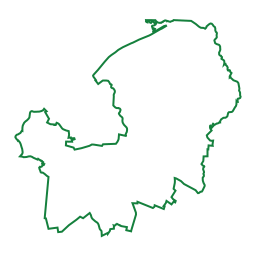 outline of Cotorra, Córdoba, Colombia
{"feature_id": "7082276B37197913893650", "entity_name": "Cotorra", "entity_type": "district", "adm_level": 2, "iso_a3": "COL", "parent_name": "Colombia", "parent_adm1": "Córdoba", "projection": "orthographic", "projection_center": [-75.768, 9.058], "detail": "fine", "context": "isolated", "style": "outline", "palette": "green", "viewbox_px": 256, "rotation_deg": 0, "n_neighbors": 0, "source": "geoboundaries", "source_scale": "gbopen_adm2", "svg_char_len": 5754}
<svg xmlns="http://www.w3.org/2000/svg" viewBox="0 0 256 256"><path d="M211.7,23.7L210.4,23.5L208.9,24.4L206.5,26.5L206.3,27.5L206.0,27.9L205.1,28.7L204.6,28.3L203.0,27.8L202.3,27.9L200.7,27.7L198.9,26.6L195.8,24.0L191.2,20.9L173.5,20.1L173.0,20.8L171.0,21.4L170.4,21.8L169.2,21.6L168.0,21.1L167.3,21.0L167.0,21.2L166.8,20.8L165.4,20.4L164.8,20.5L164.5,20.9L164.0,20.9L163.5,21.2L162.4,21.9L162.5,22.1L161.5,22.5L161.0,22.6L161.0,22.8L160.0,22.9L158.2,22.6L157.6,22.4L155.9,21.0L155.4,20.2L146.0,20.1L146.1,20.9L146.0,21.5L146.6,22.1L147.2,22.3L147.1,21.8L147.6,21.8L147.8,21.0L148.2,20.6L148.7,20.8L148.8,21.4L149.6,22.1L150.2,22.7L150.9,22.9L151.0,22.5L152.1,21.3L153.1,21.3L153.5,21.6L153.4,22.1L154.4,22.5L154.3,22.9L154.4,23.0L154.6,22.6L156.0,23.6L155.7,24.4L155.3,24.7L154.1,25.4L152.2,25.8L152.0,26.4L152.1,26.9L152.7,28.0L152.6,28.6L152.8,29.0L153.3,29.3L153.6,29.0L153.7,28.7L153.9,28.4L154.5,28.7L155.0,28.9L154.8,29.3L154.3,29.4L154.3,29.6L155.2,30.5L155.0,31.3L154.6,31.3L154.2,30.7L153.5,30.6L153.1,31.4L153.2,31.8L153.7,32.2L164.0,26.1L165.9,25.6L166.1,26.0L161.8,28.6L160.2,29.3L151.5,34.3L149.2,35.5L139.1,39.6L133.0,42.6L131.2,43.3L122.9,47.2L118.3,49.9L115.4,52.3L111.3,55.1L108.8,57.1L104.8,61.6L97.9,70.0L93.9,74.4L93.1,75.5L93.2,76.1L93.6,77.0L94.4,78.0L95.9,80.1L95.4,80.4L98.2,84.0L102.7,80.6L103.5,80.5L106.0,80.5L108.1,80.8L109.2,82.1L110.2,84.1L111.3,84.4L111.7,85.0L111.2,85.9L111.2,87.4L112.1,88.1L113.3,88.4L114.3,89.7L114.9,91.1L114.7,92.6L114.2,93.5L113.7,94.9L113.8,96.5L113.3,105.4L113.6,105.8L115.5,107.6L116.9,108.1L118.4,108.0L118.7,108.3L119.5,108.4L120.1,108.9L120.5,109.7L120.5,110.1L119.9,112.0L119.2,112.7L118.9,113.7L120.1,115.6L122.1,117.3L122.5,118.0L122.6,118.7L122.4,120.9L122.7,122.6L123.9,124.7L126.5,127.4L127.0,128.4L127.1,129.9L126.9,131.3L126.6,132.4L126.3,132.8L125.6,134.5L126.0,135.4L125.8,135.9L119.0,134.4L118.6,139.1L118.2,140.2L117.4,141.8L115.9,143.8L103.0,144.3L102.0,145.9L93.8,144.6L91.9,144.5L89.5,145.8L81.4,148.2L74.6,149.6L73.6,147.6L65.9,145.4L66.1,141.6L72.1,141.7L71.8,140.2L74.6,139.2L74.3,138.2L70.9,138.3L70.8,137.5L68.5,137.8L69.1,134.8L68.7,131.1L66.2,130.5L63.1,129.2L62.1,128.4L59.1,124.2L57.7,123.2L56.6,122.8L55.7,125.0L54.5,125.0L54.6,124.5L50.4,124.2L47.1,122.5L49.0,118.8L45.1,112.0L46.6,111.3L44.1,108.8L43.2,110.1L42.5,110.5L41.6,111.0L39.3,111.6L34.5,111.8L33.4,111.7L31.9,111.1L31.3,111.3L30.6,111.7L30.0,112.9L29.4,117.5L28.5,118.8L27.0,120.3L25.5,121.4L24.2,122.7L23.1,124.9L22.7,125.9L22.4,128.0L22.4,131.0L21.8,130.8L20.4,133.0L18.9,133.8L18.5,134.2L16.7,134.8L15.9,135.7L15.5,136.3L15.4,137.2L15.5,137.6L16.0,138.2L16.3,138.8L17.5,140.1L17.9,140.8L18.3,140.5L19.9,142.4L20.7,144.2L21.6,147.3L22.2,149.0L22.6,151.9L22.6,152.8L22.2,153.9L20.0,156.4L22.4,156.7L23.6,157.2L26.5,157.0L28.7,156.4L30.5,156.3L32.1,156.9L33.5,157.8L37.6,159.6L38.1,158.8L40.3,160.4L40.4,160.2L41.8,160.9L41.7,161.2L43.0,162.0L42.9,162.2L43.2,162.3L43.3,162.8L43.1,162.9L42.4,162.6L42.1,163.6L44.2,164.1L43.7,165.1L42.4,165.4L41.8,166.5L40.3,167.1L39.6,167.7L39.5,167.3L39.2,167.6L39.5,169.0L40.2,170.6L40.6,172.0L41.2,172.6L42.7,172.6L44.6,173.9L46.9,175.9L48.5,176.9L44.7,218.2L45.9,218.4L48.5,228.8L57.5,227.6L58.2,232.1L61.9,231.7L68.9,225.2L76.6,219.6L80.1,216.7L83.1,218.2L89.7,213.0L90.8,214.9L91.6,217.6L92.5,218.9L95.4,221.4L97.2,222.6L98.0,223.5L98.6,224.8L99.7,228.8L100.2,229.6L101.2,230.6L101.5,231.1L101.6,232.1L101.8,235.9L107.6,233.0L107.8,233.9L109.8,231.0L110.3,229.1L113.9,228.7L113.9,225.8L113.8,225.5L114.6,225.8L116.0,224.4L116.5,224.4L117.0,223.9L119.9,225.5L120.0,225.3L121.3,226.1L126.9,227.1L126.3,230.2L131.1,231.3L131.2,230.6L136.0,214.6L135.9,212.6L132.5,203.2L137.4,203.4L137.5,201.8L152.9,208.0L154.3,206.9L154.6,206.3L154.7,205.3L163.8,209.0L164.6,206.4L163.6,206.1L165.8,203.1L166.5,200.9L171.5,204.4L173.6,201.7L175.2,202.4L175.7,200.9L173.1,199.2L171.5,197.1L175.5,190.7L173.6,188.8L174.8,182.9L174.9,180.8L174.7,178.0L176.3,178.5L181.0,181.1L184.0,184.0L195.6,190.2L197.9,193.1L198.4,193.1L199.2,192.8L200.4,191.8L201.8,191.6L202.4,190.8L204.6,186.2L204.7,185.7L204.6,184.9L203.5,182.8L202.8,180.5L202.7,177.8L203.5,176.6L203.8,176.3L203.9,174.9L203.4,173.9L203.6,173.3L204.0,172.6L204.0,171.8L203.1,169.2L203.3,167.9L204.2,166.8L204.3,166.5L204.0,166.0L202.5,165.4L201.9,164.3L201.5,164.0L203.3,161.0L203.6,156.4L207.5,156.3L207.5,149.3L208.3,149.4L208.6,145.4L212.7,145.8L212.5,144.7L213.1,140.6L211.6,140.8L210.1,140.5L207.4,137.5L206.8,135.3L211.6,130.5L210.3,128.7L210.0,127.3L210.2,126.8L210.0,126.4L210.1,125.8L210.3,125.6L210.9,125.5L211.9,127.5L213.6,125.6L212.9,124.7L212.8,124.2L213.1,123.7L213.3,123.8L213.4,125.1L214.0,125.1L214.7,124.8L216.6,123.6L217.1,123.4L217.6,123.5L218.4,123.1L218.8,122.8L220.1,122.5L219.8,121.5L220.3,121.1L221.0,119.5L223.4,117.8L225.6,117.7L227.3,116.4L228.2,112.9L228.9,112.2L231.4,112.0L232.2,111.7L232.8,111.1L235.1,107.1L235.8,106.3L236.4,104.6L236.5,101.6L236.7,101.9L237.8,101.9L237.6,100.8L237.6,99.1L238.1,98.6L239.1,98.5L240.2,97.9L240.6,96.7L240.1,95.3L240.1,92.8L239.8,91.9L239.1,90.6L239.4,88.5L238.4,83.2L237.9,82.4L237.0,81.6L233.3,80.2L232.7,79.5L231.5,78.5L230.5,77.5L230.4,76.8L229.7,77.4L229.7,76.3L231.5,73.0L230.2,71.8L230.0,70.6L229.7,70.2L229.1,70.1L228.4,70.6L227.9,70.4L227.5,69.2L227.7,67.5L226.9,66.0L225.8,65.0L225.5,63.9L224.6,64.1L224.0,64.7L224.4,63.0L224.2,60.9L223.6,60.1L221.5,58.9L221.5,58.4L221.9,57.9L222.0,57.1L221.5,56.8L221.0,55.8L220.5,55.8L219.5,55.0L219.2,54.5L219.1,52.6L220.0,50.7L220.3,49.7L220.1,46.4L219.4,45.2L218.9,44.8L216.7,44.1L215.2,43.2L214.4,40.5L214.7,39.7L216.3,38.1L216.8,37.2L216.6,35.3L216.9,33.1L216.6,32.4L215.9,31.9L215.5,30.9L215.3,30.3L215.3,28.5L214.9,27.1L213.7,26.2L212.6,24.6L211.7,23.7Z" fill="none" stroke="#15803d" stroke-width="2"/></svg>